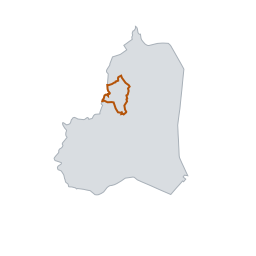 Wasit highlighted on a map of Iraq, rotated 235°
{"feature_id": "IRQ-3227", "entity_name": "Wasit", "entity_type": "Province", "adm_level": 1, "iso_a3": "IRQ", "parent_name": "Iraq", "parent_adm1": "", "projection": "natural_earth1", "projection_center": [45.642, 32.719], "detail": "coarse", "context": "in_parent", "style": "outline", "palette": "amber", "viewbox_px": 256, "rotation_deg": 235, "n_neighbors": 0, "source": "natural_earth", "source_scale": "10m", "svg_char_len": 3475}
<svg xmlns="http://www.w3.org/2000/svg" viewBox="0 0 256 256"><g transform="rotate(235 128 128)"><path d="M107.5,51.0L109.1,50.6L111.9,48.2L113.6,46.0L114.2,45.8L115.7,46.5L116.7,46.7L119.2,45.9L120.7,46.3L121.9,46.9L122.6,46.9L125.9,48.3L126.7,48.5L128.4,48.6L131.0,48.7L132.6,47.8L133.8,46.9L134.6,46.9L135.4,47.2L136.1,47.5L136.6,48.2L136.9,49.1L136.8,52.1L137.0,52.9L137.5,53.4L138.0,53.5L138.7,52.9L140.0,52.0L141.5,50.9L142.6,50.0L143.2,49.6L144.2,49.7L145.2,49.9L145.7,50.3L145.7,50.5L146.3,51.9L147.6,57.1L148.3,57.7L149.2,58.3L149.7,59.1L150.0,59.9L149.9,61.1L149.9,62.5L150.3,63.5L150.8,64.4L151.2,64.8L151.9,64.8L152.7,65.0L153.3,65.8L155.0,71.8L155.2,72.6L155.9,72.8L157.1,72.7L158.4,73.3L159.7,74.3L161.0,76.1L161.8,76.4L164.4,76.1L168.0,76.4L169.7,77.3L169.6,77.9L168.3,78.6L166.0,79.3L165.3,80.6L164.9,82.3L165.0,83.2L165.5,84.2L167.2,86.3L167.3,87.0L167.6,88.0L167.9,88.7L167.5,90.1L166.1,91.1L164.1,92.1L160.2,96.6L159.9,97.6L160.0,100.3L159.6,101.1L158.4,101.1L157.4,100.9L157.3,101.9L156.7,103.1L156.4,104.2L157.8,106.8L158.1,108.2L157.8,109.4L156.5,111.6L155.7,113.0L155.9,113.3L156.9,113.9L160.2,118.6L161.2,120.3L162.6,119.9L163.1,119.9L163.5,120.2L163.7,120.7L163.7,121.4L163.4,122.5L165.1,122.9L165.7,124.0L167.8,127.7L167.7,128.8L166.7,130.5L166.7,131.7L166.9,132.7L167.2,133.1L170.2,133.2L171.5,133.6L174.6,135.5L178.2,138.4L181.1,140.8L183.6,142.8L186.2,142.6L186.9,143.0L187.6,143.6L188.4,145.3L189.9,149.0L191.2,150.3L193.2,153.3L195.1,156.1L193.9,159.9L192.7,163.9L192.7,169.0L192.7,171.8L195.3,171.9L198.1,172.0L198.1,175.3L198.2,178.7L198.2,182.4L199.1,182.6L200.4,183.4L201.0,184.6L201.7,185.3L202.5,185.4L203.4,186.0L204.2,187.1L204.6,187.9L204.3,188.5L204.5,189.5L205.1,190.9L205.8,191.6L207.0,192.4L205.5,192.9L203.8,192.5L200.4,190.9L199.2,190.8L197.8,191.4L197.7,192.0L194.0,190.1L192.7,189.8L192.2,189.7L190.1,189.8L187.2,190.1L185.4,190.8L184.2,191.6L183.6,192.4L183.4,192.9L182.5,195.2L181.4,198.1L180.3,200.8L178.0,204.6L176.8,206.3L174.2,209.6L171.3,210.2L164.7,209.6L157.3,208.9L150.0,208.2L144.6,207.6L144.1,207.5L138.8,202.9L134.5,199.2L129.2,194.7L123.8,190.0L118.4,185.3L114.4,181.9L109.6,177.4L105.2,173.4L101.8,170.3L97.3,167.5L93.9,165.3L88.8,162.2L84.8,159.6L81.4,157.5L76.1,154.1L74.3,153.2L68.8,152.1L63.6,151.2L58.2,150.2L54.6,149.6L57.0,147.2L56.3,145.1L54.6,145.5L53.0,146.0L52.1,142.7L53.3,142.3L52.2,138.0L51.2,133.5L50.1,129.2L49.0,124.9L53.7,122.0L57.1,119.9L61.9,117.0L66.6,114.2L71.0,111.5L75.8,108.5L80.2,105.9L84.1,104.8L85.0,103.9L86.8,100.3L88.4,97.2L88.5,96.5L88.5,92.1L88.9,86.9L89.4,84.2L90.3,81.7L91.2,80.0L91.3,78.3L91.2,76.6L90.4,74.1L89.6,71.4L89.7,68.9L89.9,67.5L90.4,65.3L91.4,63.7L92.4,62.7L96.1,61.7L98.3,61.1L101.3,58.2L103.1,56.6L105.6,53.9L107.4,51.9L107.5,51.2L107.5,51.0Z" fill="#d9dde1" stroke="#a8b0b8" stroke-width="1"/><path d="M164.8,122.4L165.7,123.5L166.0,124.9L168.1,127.4L168.1,128.9L167.1,129.9L165.9,130.1L167.4,131.0L166.6,132.3L167.0,133.1L169.8,133.0L171.6,133.6L175.1,135.7L174.2,136.8L173.2,140.1L173.1,142.5L172.6,143.9L173.2,144.5L172.4,147.1L174.7,148.5L175.2,149.4L174.8,152.4L172.6,151.8L166.4,151.9L162.6,153.2L161.0,153.1L160.4,150.7L158.0,149.8L155.5,146.9L155.6,145.4L152.5,144.2L152.4,143.2L150.4,142.5L148.5,137.9L144.7,136.1L142.3,135.9L141.9,135.4L141.6,132.3L142.4,132.1L143.1,130.7L143.6,131.7L144.5,131.9L144.6,130.9L146.6,128.8L151.1,129.1L157.2,130.9L158.6,129.5L160.8,126.0L164.0,124.2L164.8,122.4Z" fill="none" stroke="#b45309" stroke-width="2"/></g></svg>